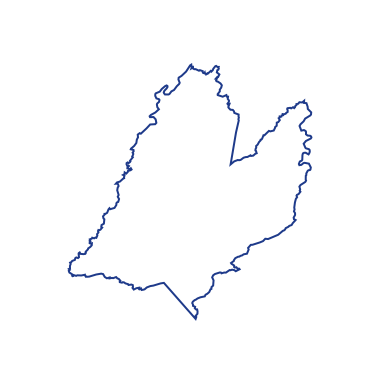 Cavalcante, Goiás, Brazil (Equal Earth projection), rotated 44°
{"feature_id": "56859067B42451354994867", "entity_name": "Cavalcante", "entity_type": "district", "adm_level": 2, "iso_a3": "BRA", "parent_name": "Brazil", "parent_adm1": "Goiás", "projection": "equal_earth", "projection_center": [-47.734, -13.642], "detail": "fine", "context": "isolated", "style": "outline", "palette": "blue", "viewbox_px": 384, "rotation_deg": 44, "n_neighbors": 0, "source": "geoboundaries", "source_scale": "gbopen_adm2", "svg_char_len": 6018}
<svg xmlns="http://www.w3.org/2000/svg" viewBox="0 0 384 384"><g transform="rotate(44 192 192)"><path d="M222.4,51.9L217.6,51.8L215.9,50.3L212.6,48.6L210.7,50.1L209.3,48.5L209.1,51.0L206.9,52.8L207.1,54.7L206.1,56.2L206.7,56.7L206.6,58.5L207.2,59.5L207.2,60.7L205.8,60.8L205.2,63.0L204.2,63.2L202.5,65.4L202.8,66.2L204.1,66.8L205.2,68.0L204.8,69.7L205.0,70.5L204.3,72.1L203.2,72.9L204.1,73.6L203.3,74.7L203.9,75.6L203.6,76.3L202.6,76.8L203.3,77.8L203.1,78.7L205.2,79.3L205.5,81.8L204.8,83.2L206.9,85.5L206.7,87.6L207.2,88.2L208.1,91.0L206.2,94.0L204.9,94.6L204.7,101.0L204.0,101.5L205.4,104.9L205.5,105.7L205.0,106.7L205.5,107.2L205.5,109.4L206.3,112.3L206.2,114.4L207.4,115.5L207.9,117.0L208.8,118.1L209.5,118.0L211.6,119.2L211.0,120.4L210.8,123.3L209.4,125.1L208.6,125.0L207.6,128.2L206.3,129.7L205.3,131.5L204.7,135.1L203.8,136.4L202.7,137.2L201.1,140.6L200.6,145.3L182.3,118.6L175.9,108.0L174.8,107.4L174.0,105.9L173.2,105.5L171.7,103.9L167.5,105.7L166.2,104.8L164.3,104.6L162.5,106.1L160.0,106.0L159.1,105.7L157.8,102.7L156.9,104.1L156.2,103.9L155.9,101.5L155.0,100.5L153.0,100.2L151.7,98.4L150.8,99.2L149.4,98.4L147.9,102.1L143.2,104.4L142.5,103.8L142.1,100.3L140.9,99.1L140.5,96.6L139.3,94.5L137.1,94.1L134.1,94.6L132.7,95.3L131.9,95.1L131.0,93.1L130.4,93.7L130.3,91.6L130.9,91.2L130.0,88.4L126.8,88.7L125.6,86.8L126.0,85.8L125.5,84.6L124.8,84.4L124.3,83.5L123.4,84.4L121.8,84.5L121.4,85.3L121.7,88.6L122.3,89.8L122.3,91.9L121.4,91.8L121.2,95.0L120.8,95.4L121.1,96.2L120.4,96.8L120.4,97.6L119.5,97.3L118.9,97.8L118.1,97.2L118.2,98.1L117.4,98.6L116.7,98.5L115.8,97.6L113.0,98.9L112.8,99.9L109.3,101.1L108.3,102.1L107.0,102.4L106.1,101.6L105.7,103.3L105.0,101.8L104.5,102.2L103.0,100.9L102.7,102.2L104.1,109.5L103.8,115.8L103.0,119.0L104.1,120.5L107.3,122.0L107.7,123.3L107.6,126.5L108.2,131.1L107.3,133.9L107.7,137.2L107.4,138.1L104.8,140.6L103.3,140.4L102.5,140.0L101.8,138.3L101.8,135.2L101.4,133.4L100.6,132.8L99.7,133.0L99.1,134.6L98.7,138.9L99.1,142.2L97.4,146.2L97.6,147.1L98.8,148.4L101.4,149.4L103.7,148.2L104.7,148.4L105.7,150.2L105.5,152.6L106.0,153.5L108.2,155.1L110.7,155.5L110.4,160.3L108.9,165.1L108.9,166.9L109.8,167.3L112.3,164.8L115.4,165.0L118.3,167.0L118.4,168.8L115.0,172.5L115.1,177.8L114.7,185.6L113.5,186.0L113.1,188.4L115.2,190.2L115.9,192.6L117.9,195.4L118.4,199.1L118.0,203.1L118.3,203.8L120.7,202.4L121.7,203.2L122.0,205.0L122.9,205.1L123.6,205.8L124.4,208.1L125.3,208.1L125.7,212.5L126.4,212.7L126.6,213.7L126.3,215.3L125.2,215.4L124.9,216.6L125.6,217.5L127.6,218.3L127.9,217.2L128.6,217.1L128.6,219.3L129.1,219.9L131.4,218.7L131.5,217.4L132.9,217.8L132.7,219.0L131.3,221.4L131.9,222.3L131.9,224.4L130.0,224.7L131.1,226.1L130.6,227.6L132.1,227.2L132.9,228.7L133.6,229.2L133.2,230.2L132.9,234.6L131.4,237.2L131.5,238.9L132.7,237.6L134.6,238.4L135.2,239.0L135.4,240.3L137.0,242.7L141.3,245.1L141.9,247.0L144.4,247.7L145.8,250.4L145.3,251.4L145.4,252.6L146.6,253.9L147.3,257.3L145.1,261.2L143.9,261.0L144.0,262.5L145.4,265.9L144.9,267.9L144.3,268.5L144.8,268.9L144.9,271.3L146.7,272.5L147.9,272.5L150.6,276.0L149.9,278.6L151.0,280.2L152.1,280.0L152.3,282.7L151.7,284.2L151.1,284.4L151.5,285.4L152.8,286.1L153.0,288.3L154.1,289.0L155.0,291.4L154.2,291.8L153.8,293.3L152.0,294.2L152.3,295.0L151.4,297.0L152.2,297.2L152.3,298.2L153.3,298.3L153.2,299.0L153.9,299.9L154.7,299.7L155.6,298.4L156.9,300.0L157.0,302.2L156.5,304.7L157.0,305.6L157.0,308.3L157.2,309.3L157.9,309.5L158.2,310.6L157.1,312.1L154.7,314.0L153.2,313.5L153.0,314.6L153.3,315.2L156.0,317.4L155.9,318.7L154.2,319.5L154.0,320.7L154.9,322.2L153.7,324.8L153.9,326.4L153.4,327.5L154.7,328.0L155.5,329.9L157.3,331.7L156.9,332.9L158.2,332.9L158.1,334.3L159.7,335.1L163.9,334.3L164.0,335.5L164.6,335.5L165.0,334.8L164.9,333.8L166.9,332.8L167.4,331.6L170.4,328.9L172.4,326.0L172.8,326.5L173.6,326.2L174.5,326.7L176.7,324.5L180.4,317.9L183.4,313.8L185.1,312.8L188.2,313.7L190.7,313.2L192.1,310.7L192.7,311.4L194.2,309.3L195.1,308.8L196.5,305.9L198.3,306.0L199.7,305.4L202.0,305.6L202.0,306.4L202.7,307.0L204.6,305.9L204.9,304.9L206.0,304.2L207.6,304.0L210.0,302.7L210.9,303.0L212.7,300.7L214.1,300.1L215.6,301.4L215.8,302.3L217.9,302.6L218.8,299.9L220.4,297.6L221.0,298.6L221.7,298.6L222.2,296.8L223.8,297.5L225.1,295.7L225.5,294.9L225.8,292.0L227.4,288.6L229.2,286.2L232.9,279.6L234.9,276.9L282.8,280.8L281.9,278.9L280.7,278.7L280.5,275.8L278.9,274.0L277.3,272.9L276.7,273.6L274.8,273.7L274.0,272.4L271.8,273.2L271.1,272.4L269.3,271.7L268.8,270.4L269.0,268.0L269.6,266.6L269.9,264.8L271.2,261.9L273.7,258.2L273.1,256.5L273.7,254.6L273.9,252.0L272.9,249.2L273.3,248.3L272.1,246.9L272.2,244.6L268.9,240.6L265.8,239.4L265.1,237.2L265.5,235.0L268.0,230.4L269.0,229.8L269.7,230.0L271.1,227.6L272.4,226.4L273.3,222.0L274.0,221.6L274.8,220.0L276.7,218.8L278.5,218.6L279.9,214.5L279.2,214.4L278.0,215.5L276.2,215.3L275.3,216.6L274.4,216.7L273.4,215.6L270.2,216.2L269.4,216.0L270.0,212.5L269.5,211.9L269.1,209.5L270.1,206.6L271.0,205.5L271.2,204.3L272.1,202.8L272.4,201.0L274.4,198.2L272.7,194.0L271.2,193.3L271.0,189.2L272.2,187.9L275.8,181.2L277.2,178.0L277.2,174.7L279.4,173.0L283.7,162.9L284.3,156.9L284.9,155.6L285.0,154.3L284.5,152.9L285.5,150.1L285.5,148.8L286.6,146.6L286.1,144.4L286.0,140.2L284.2,140.7L282.9,139.8L282.1,136.9L280.8,135.6L278.8,135.1L277.9,133.3L276.4,132.2L273.3,128.0L271.5,124.8L271.2,122.7L269.8,122.1L269.5,121.1L270.1,119.5L269.8,116.5L268.6,116.3L268.0,115.0L265.5,113.5L265.2,111.6L266.5,106.1L266.3,105.1L266.0,104.4L265.3,104.2L262.6,101.3L262.5,100.5L261.3,99.2L260.5,96.3L260.7,95.4L261.6,94.3L261.6,93.6L260.4,91.8L256.4,90.4L252.7,92.8L252.1,93.8L251.8,96.5L250.6,98.1L249.4,97.6L248.4,95.2L249.1,93.3L249.0,92.3L245.8,88.7L245.0,87.2L245.4,85.9L246.5,84.8L249.7,84.0L249.5,82.9L248.8,81.3L247.5,80.1L246.3,80.0L243.7,81.4L242.8,81.4L238.8,79.7L238.5,76.2L240.3,71.0L240.1,69.9L239.1,69.3L237.9,69.5L235.9,71.1L233.9,71.3L232.2,69.5L231.3,69.2L229.5,69.7L228.0,71.9L223.5,69.8L223.0,67.9L223.2,63.6L222.4,60.6L223.9,54.8L223.8,53.6L222.4,51.9Z" fill="none" stroke="#1e3a8a" stroke-width="2"/></g></svg>